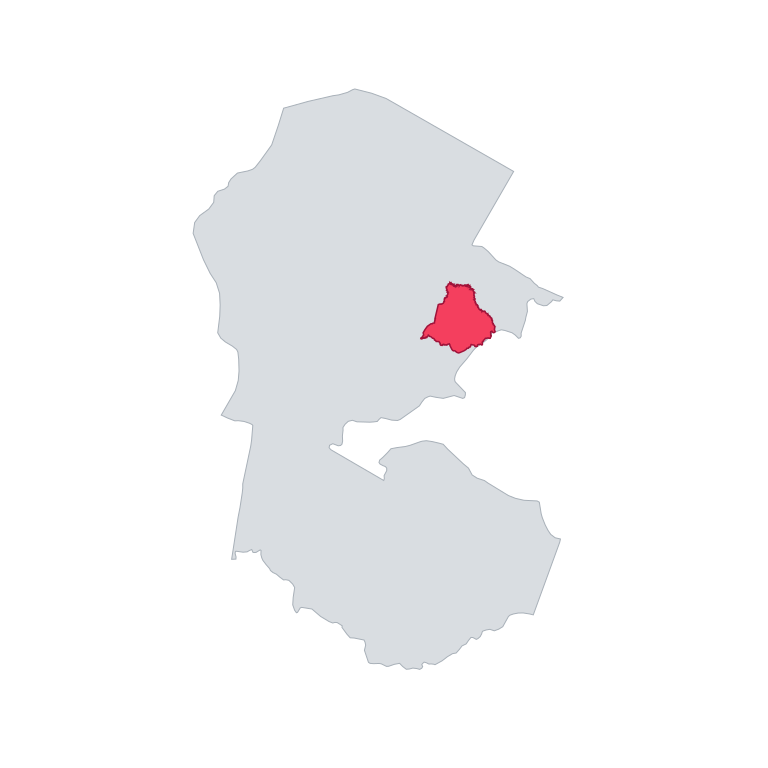 Kalumbila, North-Western, Zambia (highlighted), rotated 120°
{"feature_id": "96606910B30237809157373", "entity_name": "Kalumbila", "entity_type": "district", "adm_level": 2, "iso_a3": "ZMB", "parent_name": "Zambia", "parent_adm1": "North-Western", "projection": "natural_earth1", "projection_center": [25.402, -12.363], "detail": "fine", "context": "in_parent", "style": "filled", "palette": "rose", "viewbox_px": 768, "rotation_deg": 120, "n_neighbors": 0, "source": "geoboundaries", "source_scale": "gbopen_adm2", "svg_char_len": 9581}
<svg xmlns="http://www.w3.org/2000/svg" viewBox="0 0 768 768"><g transform="rotate(120 384 384)"><path d="M492.3,509.4L464.1,509.4L453.8,512.0L445.3,516.0L435.2,522.2L429.4,526.5L427.8,528.9L427.0,534.2L426.9,542.4L425.9,548.2L422.8,553.6L407.5,560.1L397.5,565.4L387.7,571.7L380.2,579.9L375.1,589.9L366.7,602.4L349.0,624.6L338.8,628.7L330.3,627.8L320.0,623.2L311.8,622.3L305.8,625.2L300.2,624.3L295.0,619.6L290.7,617.9L287.2,619.2L282.8,619.0L274.6,616.4L267.6,608.5L263.8,605.2L260.8,603.9L252.4,602.7L233.1,600.8L213.0,604.8L195.3,608.8L177.3,591.1L159.9,572.4L156.2,567.7L149.7,561.4L144.9,558.4L143.1,556.8L138.4,540.2L135.7,524.9L135.1,378.0L214.4,378.0L219.5,377.4L219.7,375.8L216.0,368.0L216.2,365.2L217.2,359.9L220.6,349.2L220.9,345.7L219.2,334.1L219.4,327.7L220.3,314.6L219.7,310.2L221.6,304.3L222.2,300.4L222.9,298.7L222.0,294.3L220.4,278.7L219.5,272.2L224.3,273.2L225.8,276.4L226.7,279.9L228.9,280.1L234.6,282.2L236.5,285.0L237.8,291.3L237.0,294.5L235.2,297.0L237.1,299.3L240.8,300.8L243.0,300.4L249.4,296.1L255.3,294.5L258.3,293.4L271.4,290.7L274.0,289.1L275.9,289.1L277.2,290.4L276.0,294.8L275.6,298.7L277.2,306.1L278.4,309.5L281.2,312.0L283.2,313.4L285.4,316.0L289.9,315.6L300.0,319.3L303.0,321.1L307.3,322.8L310.3,323.5L320.6,324.8L331.5,326.9L337.2,327.1L341.2,326.5L344.1,325.5L345.8,324.3L346.6,323.2L350.7,309.2L352.8,308.1L355.5,307.4L357.1,308.6L358.9,317.5L366.8,325.5L369.5,332.2L371.4,338.0L373.1,339.5L376.1,341.5L380.9,342.2L385.2,342.4L406.5,352.2L408.8,354.0L411.4,359.2L413.0,365.1L414.6,369.8L417.4,370.7L419.8,371.1L422.2,374.3L424.1,377.1L430.3,388.6L431.2,393.2L434.2,396.3L438.4,397.6L442.2,397.8L444.4,396.4L449.9,394.0L454.1,391.3L457.2,390.3L459.0,390.9L460.4,392.8L461.3,398.5L464.3,400.5L466.6,399.7L467.4,397.5L467.5,396.3L467.7,336.0L465.8,336.4L463.3,338.1L457.7,338.3L455.5,339.6L454.8,341.5L455.2,344.0L455.3,347.4L454.5,349.1L452.0,349.7L448.4,348.4L442.0,346.7L436.6,345.6L432.7,341.1L427.5,334.3L424.1,330.8L415.8,323.7L414.4,322.3L411.9,318.9L409.7,313.3L407.7,306.7L406.6,302.6L408.6,296.2L413.5,275.3L414.6,268.8L418.7,262.2L419.0,256.3L417.4,248.7L417.8,244.5L418.4,220.6L417.3,213.0L414.7,204.6L408.7,192.9L408.7,190.4L417.9,182.9L420.7,180.0L425.5,173.9L428.8,168.7L430.9,164.4L431.6,158.9L430.0,153.7L433.2,152.7L509.3,139.3L510.3,142.8L512.6,148.8L515.2,153.2L518.5,157.0L521.2,159.3L523.1,160.0L534.8,159.8L539.0,162.1L542.6,165.1L543.5,169.6L545.9,172.5L548.5,174.8L549.6,175.0L551.6,174.5L554.7,174.4L557.6,175.4L559.0,176.4L559.1,180.2L560.0,182.0L563.9,182.6L568.0,182.9L571.8,185.5L576.0,186.0L580.9,187.0L583.2,189.8L588.4,192.7L594.7,195.3L601.6,199.5L601.8,200.8L602.9,203.3L604.1,205.1L604.2,207.8L604.8,210.2L606.6,210.8L608.1,211.0L609.4,209.2L611.3,209.2L613.3,210.4L614.0,213.2L615.6,217.0L618.2,219.6L619.9,222.1L619.3,226.6L618.1,230.8L621.6,234.9L626.1,238.8L627.3,240.6L627.7,246.4L628.4,248.4L631.4,253.2L632.9,256.4L632.8,258.3L624.4,267.8L619.3,269.3L617.1,271.3L615.7,273.3L618.9,282.8L620.7,286.4L619.2,291.0L615.8,298.7L614.3,299.3L614.0,305.2L615.0,307.3L616.6,308.9L617.2,312.9L617.0,322.7L614.9,333.9L618.6,343.6L619.8,344.6L625.0,344.7L625.9,345.5L624.6,348.3L620.9,352.6L614.3,355.9L604.9,359.6L602.9,363.1L601.6,368.2L602.6,371.2L603.9,373.0L603.4,377.4L602.5,382.1L602.8,385.9L602.3,389.1L601.1,390.7L599.4,395.7L597.3,400.7L595.7,402.9L593.3,405.3L589.6,407.3L589.6,408.3L593.8,410.6L594.9,412.2L595.3,413.3L593.5,415.8L595.5,417.3L597.8,418.6L600.1,421.9L602.6,428.1L603.1,428.8L603.8,428.8L605.2,428.2L607.8,425.6L609.7,424.7L612.0,428.3L572.4,443.7L563.1,446.9L549.2,452.3L544.7,454.3L541.1,456.4L504.3,468.4L498.6,470.7L485.5,476.9L485.1,477.9L485.2,480.7L486.4,486.5L488.6,491.8L490.5,494.8L491.7,502.5L492.3,509.4Z" fill="#d9dde1" stroke="#a8b0b8" stroke-width="1"/><path d="M284.7,314.5L283.6,314.0L283.1,313.9L281.8,315.5L281.5,315.7L281.1,315.7L280.5,316.2L280.1,316.1L279.3,316.7L279.1,316.6L279.1,316.9L278.7,317.0L278.3,317.4L278.2,317.9L277.9,318.2L278.0,319.0L277.8,319.3L277.1,319.5L276.9,319.9L277.0,320.4L276.7,320.7L276.3,321.1L275.3,321.5L274.9,322.1L274.6,322.0L274.2,322.7L274.2,322.9L273.5,323.2L273.4,323.5L273.6,323.5L273.3,323.7L273.5,324.0L273.0,324.4L272.9,324.9L273.0,325.1L272.6,325.8L272.7,326.0L272.4,326.0L272.2,326.3L272.3,326.9L272.2,327.3L272.6,328.0L272.4,328.1L272.4,328.4L271.7,328.6L271.7,329.3L271.4,329.4L271.8,329.7L271.5,330.3L271.6,331.5L271.4,331.6L271.3,332.0L270.8,332.6L270.6,332.7L270.8,333.3L271.3,333.8L271.3,334.2L271.6,334.3L271.4,334.3L271.7,334.6L271.4,334.8L271.5,335.4L271.5,335.7L271.8,335.7L271.5,335.9L271.6,336.2L271.4,336.1L271.3,336.4L270.9,337.0L270.9,337.4L271.2,337.6L271.6,337.4L271.8,338.0L271.6,338.1L271.7,338.8L271.5,339.4L271.2,339.5L271.1,339.8L270.9,340.0L271.0,340.0L270.9,340.2L270.8,341.0L269.9,341.9L269.5,341.8L269.5,342.1L269.5,342.4L269.2,342.4L269.1,342.5L269.0,342.4L268.8,342.8L268.9,343.0L268.7,343.7L268.8,343.8L268.7,343.8L268.6,344.3L268.5,344.6L268.4,344.9L268.2,345.3L268.0,345.2L268.0,345.4L267.8,345.5L267.7,345.9L266.8,346.2L266.3,347.7L265.9,347.7L265.8,347.9L265.3,347.7L265.3,347.8L265.0,347.8L265.1,348.0L264.9,347.9L264.7,348.4L264.4,348.8L264.3,349.0L263.9,349.1L264.0,349.3L263.7,349.3L263.7,349.1L263.2,349.3L263.1,349.6L262.9,349.6L262.7,350.0L262.4,350.0L262.3,350.5L261.8,350.6L261.8,350.8L260.9,351.1L260.6,351.5L260.2,351.3L259.9,351.9L259.6,352.0L259.5,351.7L259.4,352.2L259.2,352.1L259.2,352.3L258.9,353.0L258.7,353.1L258.7,353.6L258.4,353.8L258.3,354.1L258.5,354.4L257.7,353.9L257.8,354.4L258.4,355.2L258.2,355.6L258.5,355.7L258.2,355.9L258.4,356.3L257.7,355.9L257.9,356.3L257.6,356.7L258.3,357.0L257.8,357.1L257.6,356.9L257.5,357.2L257.0,357.7L257.3,358.1L256.6,357.8L256.6,358.1L256.4,358.1L256.3,358.4L256.4,358.6L256.1,358.8L256.5,358.9L256.6,359.1L256.2,359.3L256.2,359.9L256.4,360.0L256.3,360.4L256.6,360.4L256.2,360.7L256.0,360.4L256.1,360.8L255.9,361.0L256.4,361.3L256.6,361.2L256.4,360.9L256.6,360.9L256.7,361.6L257.0,361.6L257.2,362.1L257.4,361.3L257.6,361.2L257.5,360.8L257.8,360.8L257.8,361.2L258.1,361.3L258.1,361.9L257.9,362.1L258.0,362.3L258.4,361.9L258.5,362.3L258.1,362.8L258.4,363.0L258.2,363.5L258.5,363.5L258.5,363.8L258.7,364.0L258.4,364.3L258.7,364.2L259.1,364.7L259.6,364.6L259.7,364.8L259.8,365.3L259.6,365.6L260.4,366.0L260.1,366.0L259.6,367.1L260.2,367.6L260.6,367.7L260.7,367.9L261.3,367.9L260.7,368.3L260.8,368.7L261.2,369.1L260.9,369.7L261.5,369.9L261.4,370.4L261.8,370.5L261.8,370.8L262.1,370.6L262.5,370.8L262.5,370.4L262.8,370.1L262.9,370.6L263.4,370.5L263.1,371.3L263.3,371.4L263.5,371.2L263.7,371.4L264.0,371.3L263.6,372.1L263.8,372.3L264.3,372.2L264.4,372.6L264.0,372.7L263.7,372.5L262.5,373.2L262.7,373.5L263.5,373.6L263.8,373.9L263.3,374.5L264.0,374.7L263.9,375.3L264.2,375.6L264.3,375.9L264.1,376.0L263.9,375.8L263.5,376.2L263.4,376.0L263.5,375.8L263.2,375.7L262.6,376.8L263.2,377.1L263.8,377.0L263.6,377.5L263.9,377.3L264.5,377.4L264.9,378.0L265.2,377.9L265.4,378.2L265.7,378.0L266.2,378.0L266.7,378.3L267.0,378.0L267.9,378.1L268.1,378.0L268.3,378.3L268.4,378.1L268.6,378.2L268.8,378.6L269.1,378.6L269.7,377.8L270.3,377.6L270.4,377.1L270.6,377.0L270.6,376.7L271.0,376.6L271.4,376.3L271.6,376.4L271.6,376.0L272.0,375.8L272.0,375.4L272.6,375.1L272.4,374.8L272.7,374.7L272.9,374.3L273.0,374.4L273.0,374.2L273.2,374.3L273.7,374.0L273.7,373.9L274.2,373.6L274.5,373.7L276.0,373.7L276.1,373.4L276.2,373.5L276.2,373.3L276.5,373.3L276.8,372.9L277.5,372.9L277.6,373.1L277.8,373.1L277.9,373.7L278.3,374.0L278.9,373.9L279.2,374.5L279.7,374.4L279.7,374.1L280.1,373.9L280.7,374.0L281.1,373.9L282.1,373.0L282.7,373.4L283.4,373.0L284.5,373.1L285.1,373.6L286.0,373.9L286.1,374.7L286.7,375.0L286.9,375.7L288.1,376.7L301.1,372.8L301.2,372.5L301.5,372.6L301.6,372.4L302.1,372.4L302.2,372.0L302.4,371.8L302.5,371.5L302.5,371.9L303.3,372.0L303.7,371.5L304.6,371.5L305.9,370.8L306.9,372.1L307.8,372.4L308.3,373.4L312.3,375.3L316.4,375.7L320.1,375.7L321.8,374.1L322.6,374.4L323.6,374.2L324.2,374.5L324.8,374.5L325.4,375.0L326.3,374.8L326.1,373.9L325.7,374.1L324.6,372.7L324.4,373.0L324.2,372.8L324.1,371.9L323.2,371.7L323.4,371.0L323.2,370.8L322.6,371.0L322.3,370.4L322.0,370.7L321.6,370.4L321.6,370.2L321.3,370.0L320.4,370.0L320.0,369.8L319.5,370.0L319.5,369.5L320.0,368.4L319.6,367.1L319.7,366.3L320.1,364.9L319.7,364.0L319.7,363.4L320.7,362.2L320.4,361.3L321.1,360.1L319.8,357.7L320.0,357.0L320.5,356.6L320.6,355.7L321.2,355.2L321.4,355.3L321.7,355.1L322.0,354.5L322.0,354.0L321.8,353.9L321.5,352.9L320.8,352.7L320.4,352.2L320.3,352.3L319.9,352.1L319.9,352.3L319.7,352.1L319.7,351.8L319.9,351.7L320.0,351.3L319.9,350.9L319.1,350.1L319.2,349.8L318.7,349.4L318.8,349.0L317.6,348.6L317.6,348.4L317.3,348.1L317.0,348.0L316.5,347.5L317.2,346.4L317.7,346.2L320.0,342.7L320.5,341.6L320.6,340.5L320.0,339.7L319.8,338.6L320.1,338.0L320.0,337.6L320.2,336.7L319.9,335.1L319.1,334.2L315.2,331.3L313.1,330.2L311.5,330.0L311.3,329.3L310.8,328.8L310.4,328.7L310.2,328.9L309.8,328.9L308.9,327.9L308.3,328.0L307.9,327.9L307.4,328.1L307.0,328.1L306.7,328.3L306.2,328.3L305.7,326.5L305.3,325.6L305.3,324.7L306.0,324.1L305.7,323.1L304.5,322.0L303.3,322.5L303.0,322.4L302.3,321.7L302.0,320.8L301.4,320.6L301.3,318.7L300.4,318.6L300.0,318.8L299.0,319.7L298.6,319.9L297.3,319.4L296.8,319.7L296.3,319.7L295.3,319.0L294.0,319.2L293.6,318.9L293.4,318.3L292.9,317.9L292.7,317.5L292.1,317.1L291.9,316.7L292.0,316.3L291.6,315.3L291.3,314.9L290.7,315.1L289.9,315.0L289.3,315.2L288.9,315.1L288.5,315.4L288.6,315.8L288.2,316.2L287.2,316.4L286.4,317.3L286.2,317.4L285.6,317.2L285.2,317.7L284.6,317.3L284.3,316.9L284.8,315.9L284.7,314.5Z" fill="#f43f5e" stroke="#9f1239" stroke-width="1.5"/></g></svg>